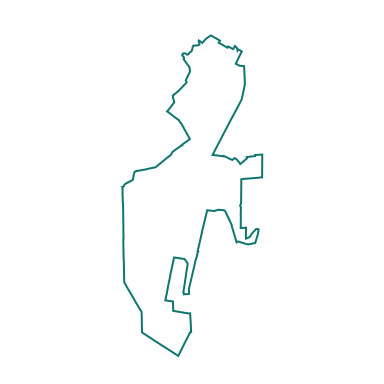 outline of Uivar, Timis, Romania, rotated 312°
{"feature_id": "2599482B52111075494125", "entity_name": "Uivar", "entity_type": "district", "adm_level": 2, "iso_a3": "ROU", "parent_name": "Romania", "parent_adm1": "Timis", "projection": "equal_earth", "projection_center": [20.887, 45.653], "detail": "fine", "context": "isolated", "style": "outline", "palette": "teal", "viewbox_px": 384, "rotation_deg": 312, "n_neighbors": 0, "source": "geoboundaries", "source_scale": "gbopen_adm2", "svg_char_len": 5766}
<svg xmlns="http://www.w3.org/2000/svg" viewBox="0 0 384 384"><g transform="rotate(312 192 192)"><path d="M208.8,266.5L207.8,264.7L207.6,264.5L207.2,264.4L204.3,264.4L202.9,264.3L201.3,264.4L200.6,264.4L198.4,264.8L197.1,265.0L193.5,263.3L194.7,262.1L195.6,261.3L201.6,256.0L197.8,252.3L198.3,251.9L201.2,249.3L206.0,245.1L206.8,244.4L207.3,243.8L213.6,238.4L213.7,238.2L213.7,237.4L213.8,237.2L215.1,236.4L215.8,236.3L216.0,236.3L216.2,236.2L220.5,232.5L221.5,231.6L234.5,220.1L238.3,223.5L243.5,228.5L249.8,234.3L266.8,219.2L261.8,214.2L261.0,214.9L254.6,209.3L253.9,210.3L252.7,210.2L245.1,209.2L245.3,208.7L246.1,203.8L245.9,201.2L246.3,201.1L243.5,200.6L242.8,200.6L241.7,197.4L241.3,195.5L240.1,191.5L239.6,191.6L237.2,188.0L233.3,182.5L241.3,180.4L246.2,179.1L256.7,176.4L269.6,173.1L272.1,172.4L274.5,171.9L276.2,171.5L293.3,167.2L294.5,166.7L296.6,165.5L303.9,161.3L307.3,159.3L311.5,155.3L320.4,146.5L317.6,142.8L317.6,142.5L316.6,138.7L324.6,136.4L327.7,135.5L329.7,135.0L329.9,134.8L328.9,131.0L327.6,131.2L328.7,129.8L329.0,129.2L329.2,128.0L329.3,126.3L325.8,127.0L324.3,121.5L323.0,121.8L320.8,112.0L322.6,111.6L323.2,111.5L321.0,101.3L315.0,99.8L314.2,99.8L309.8,99.9L309.2,95.7L308.9,95.8L308.6,96.0L308.4,96.3L308.0,96.7L307.8,97.4L307.6,97.6L307.5,97.8L307.4,97.9L307.0,98.6L306.9,98.7L306.6,98.8L306.3,98.7L305.3,98.6L304.9,98.4L304.6,98.0L304.5,97.7L304.0,97.3L303.8,97.1L303.7,97.0L303.2,96.6L302.9,96.4L302.7,96.2L302.3,95.7L302.2,95.6L302.0,95.4L301.5,95.0L301.4,95.0L300.5,95.3L300.2,95.5L298.7,96.4L297.2,97.2L296.8,97.3L296.4,97.4L295.9,97.3L294.6,97.1L293.4,97.0L292.2,97.1L291.6,97.1L291.3,97.0L291.1,96.8L291.0,96.6L291.0,96.3L290.8,96.1L290.7,95.6L290.7,95.3L290.6,94.5L290.5,94.2L290.1,93.7L289.7,93.3L289.3,93.1L288.8,92.6L287.1,93.1L286.9,93.4L286.9,94.4L286.9,95.1L286.6,95.9L286.3,96.3L285.9,96.6L285.1,96.9L284.6,99.4L283.9,102.4L283.1,106.6L282.0,107.8L281.5,108.5L281.1,108.8L280.4,109.7L280.2,110.0L279.9,110.1L278.2,110.5L274.0,111.7L270.9,112.6L270.5,113.5L269.9,114.7L263.2,114.5L262.2,114.5L259.0,114.4L252.7,113.6L250.9,113.2L250.6,113.4L248.9,115.4L247.7,117.6L246.8,118.8L243.5,119.1L237.8,119.5L235.6,119.6L235.3,119.6L235.4,119.9L235.4,120.4L235.4,120.8L235.4,121.0L235.5,121.4L235.6,123.1L235.7,123.8L235.7,124.1L235.7,124.4L235.8,125.1L235.8,126.3L236.5,133.7L236.7,133.9L236.6,134.1L236.3,134.9L236.3,135.2L236.0,136.0L235.9,136.9L235.9,137.2L235.7,138.1L235.6,138.5L235.4,139.2L235.3,139.5L234.8,140.8L234.5,141.8L234.4,142.0L234.3,142.4L233.7,143.9L233.1,145.8L232.3,148.0L231.2,151.4L230.5,153.5L230.2,154.4L229.9,155.0L224.4,153.8L221.6,153.2L220.5,153.0L220.4,153.0L220.2,153.3L220.1,153.1L216.8,152.4L215.0,152.0L208.8,150.7L205.8,151.4L204.8,151.3L203.6,151.3L203.2,151.0L191.3,149.2L190.8,149.1L190.4,149.0L186.1,148.4L180.8,144.6L179.5,143.6L178.0,142.6L172.8,138.6L170.8,137.1L170.7,137.0L170.6,136.8L170.6,136.7L169.9,136.6L168.9,135.9L168.6,135.8L167.8,136.3L167.4,136.5L166.8,136.8L166.5,136.9L166.2,137.0L165.8,137.3L165.4,137.4L164.8,137.8L164.2,138.2L163.0,139.0L162.2,139.4L162.1,139.5L161.3,139.9L160.6,139.7L160.0,139.5L159.9,139.4L159.7,139.3L158.6,138.9L158.3,138.8L158.1,138.7L157.8,138.7L157.4,138.5L157.0,138.4L156.8,138.2L155.6,137.8L155.5,137.7L155.7,137.8L155.7,137.7L155.1,137.6L154.8,137.5L154.5,137.4L154.2,137.2L153.2,137.0L152.2,137.0L151.7,137.1L150.9,137.2L150.1,137.3L149.6,137.5L149.5,137.4L149.4,137.3L149.4,137.5L148.9,137.6L148.6,137.7L148.3,137.8L148.1,137.8L147.4,138.7L146.9,139.1L146.7,139.4L145.9,140.0L145.5,140.5L144.1,141.7L143.9,141.8L143.7,141.9L143.6,142.0L143.4,142.2L142.8,142.9L142.5,143.2L142.3,143.4L142.2,143.5L141.7,144.0L140.9,144.7L140.3,145.3L139.3,146.2L139.1,146.4L139.0,146.5L138.9,146.6L138.3,147.1L138.3,147.4L135.4,150.2L135.0,150.6L134.9,150.7L134.8,150.8L134.6,151.0L134.2,151.2L134.0,151.5L133.7,151.7L133.3,152.2L133.1,152.4L132.9,152.6L132.5,153.0L132.2,153.2L130.9,154.4L130.5,154.9L129.2,155.9L128.3,156.8L127.5,157.5L126.6,158.4L126.3,158.6L126.2,158.8L125.8,159.2L125.5,159.3L125.3,159.7L124.4,160.4L123.9,160.9L123.1,161.6L121.3,163.3L119.4,165.0L119.0,165.4L118.8,165.6L118.2,166.1L118.0,166.3L117.4,166.8L117.2,167.0L116.4,167.7L115.8,168.4L115.4,168.7L114.1,169.9L113.9,170.1L113.7,170.3L113.4,170.5L112.7,171.2L112.4,171.4L112.0,171.8L111.9,171.9L111.5,172.4L111.2,172.4L110.7,172.7L110.6,172.9L110.5,173.0L110.2,173.2L107.2,176.0L106.6,176.5L106.1,177.0L105.9,177.2L105.0,178.1L100.8,181.9L99.0,183.7L97.3,185.2L97.3,185.3L93.6,188.9L79.6,202.0L79.4,202.5L77.5,208.2L74.1,219.1L72.8,222.8L70.7,229.6L70.0,231.6L70.1,231.8L69.2,234.6L67.6,236.3L64.3,239.4L58.6,244.7L54.2,248.8L55.4,256.7L56.1,260.6L56.1,261.4L56.3,262.8L58.1,273.7L58.9,278.3L60.4,287.6L61.0,291.4L64.2,290.6L76.4,287.2L79.8,286.3L82.2,285.7L84.6,285.0L86.6,284.5L86.8,284.8L87.4,284.5L87.6,284.8L88.0,284.4L88.8,283.6L92.1,280.4L100.6,271.8L99.3,270.4L96.4,266.0L96.4,265.8L96.2,265.6L95.9,265.1L95.4,264.5L95.0,263.7L91.1,257.6L95.4,253.5L97.9,251.1L93.6,244.7L101.0,240.4L106.4,237.0L115.1,232.0L115.1,231.8L131.4,222.5L136.8,230.7L137.2,231.1L137.1,231.7L136.3,235.7L135.6,236.9L132.1,239.3L129.5,240.9L121.0,246.6L120.6,246.9L113.5,251.5L111.7,252.6L111.7,253.0L110.6,254.4L110.8,254.6L113.2,257.1L114.4,258.0L117.4,255.0L118.1,254.4L120.4,253.2L127.3,249.4L137.2,244.0L139.5,242.7L143.3,240.5L143.7,240.3L145.3,239.7L147.6,238.6L151.5,236.3L151.8,236.4L151.8,235.8L163.9,229.1L171.0,225.0L173.7,223.6L188.6,215.5L192.7,221.2L196.4,223.4L199.9,228.1L200.0,229.5L198.4,233.3L196.7,237.2L196.8,237.2L194.2,243.2L193.0,244.9L192.0,246.5L184.4,258.9L185.9,259.3L186.0,259.4L186.2,259.6L186.9,261.0L187.3,262.0L189.4,266.6L190.6,268.8L196.4,273.1L202.2,270.4L205.3,268.9L206.9,267.8L207.2,267.5L208.8,266.5Z" fill="none" stroke="#0f766e" stroke-width="2"/></g></svg>